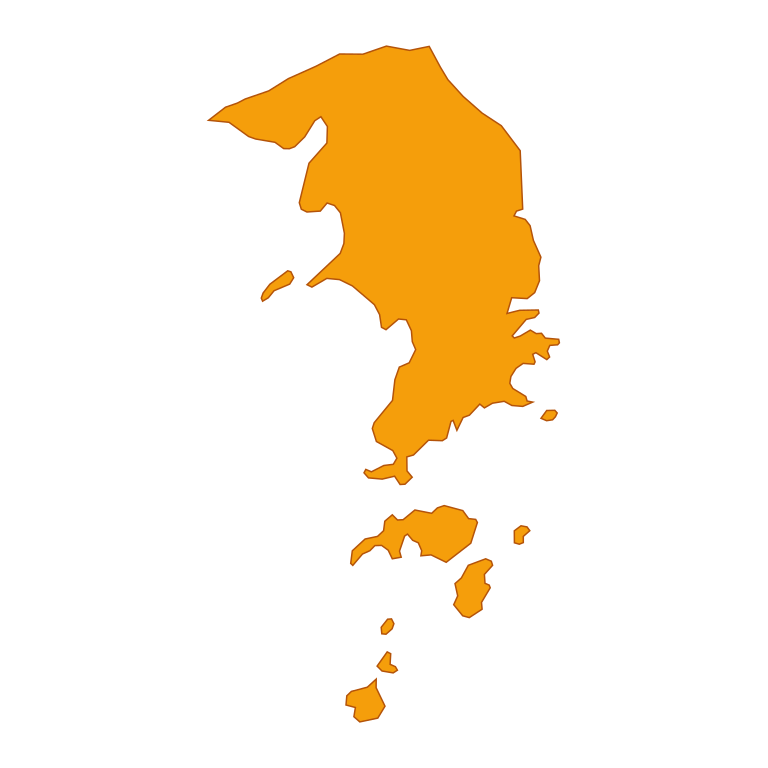 Cholsan, P'yŏngan-bukto, North Korea (Natural Earth projection)
{"feature_id": "82179303B45759472884401", "entity_name": "Cholsan", "entity_type": "district", "adm_level": 2, "iso_a3": "PRK", "parent_name": "North Korea", "parent_adm1": "P'yŏngan-bukto", "projection": "natural_earth1", "projection_center": [124.652, 39.648], "detail": "fine", "context": "isolated", "style": "filled", "palette": "amber", "viewbox_px": 768, "rotation_deg": 0, "n_neighbors": 0, "source": "geoboundaries", "source_scale": "gbopen_adm2", "svg_char_len": 3186}
<svg xmlns="http://www.w3.org/2000/svg" viewBox="0 0 768 768"><path d="M417.9,48.7L409.7,50.4L386.4,46.1L362.9,54.2L339.6,54.0L315.9,66.3L288.4,78.6L268.7,90.9L245.2,99.0L237.3,103.1L225.5,107.2L208.6,120.3L229.0,122.3L248.6,136.5L255.6,139.0L275.0,142.3L283.7,148.6L289.4,148.7L294.7,146.7L304.7,136.9L314.8,120.7L320.9,116.7L327.4,126.5L326.9,143.0L309.0,163.2L299.3,202.7L301.3,209.2L306.9,212.0L315.6,211.4L320.3,211.1L327.1,203.0L334.5,205.5L340.4,212.8L344.4,233.3L343.9,243.5L340.2,253.4L307.0,284.7L311.9,287.1L326.8,278.4L339.5,279.6L352.4,285.9L368.6,299.7L374.4,304.7L379.6,314.6L381.5,327.3L386.0,329.7L398.5,319.0L406.3,319.8L411.4,330.7L412.3,341.7L415.7,349.6L409.2,362.8L399.3,367.1L394.9,379.7L392.5,400.4L374.2,422.7L372.3,428.5L372.9,430.4L376.4,441.5L392.8,450.6L396.9,458.2L393.3,464.3L383.8,465.5L371.4,471.8L365.8,469.4L364.0,472.8L368.5,477.9L382.2,479.1L394.6,476.2L400.1,484.5L405.0,484.2L412.2,477.2L407.0,470.9L406.8,456.9L413.5,455.0L428.5,440.2L431.6,440.3L442.3,440.7L446.6,438.0L451.0,421.4L453.1,420.4L456.9,430.3L463.1,417.5L469.4,415.2L479.8,404.1L484.4,407.9L492.5,403.2L504.2,401.3L511.9,405.5L522.8,406.4L532.7,402.1L527.1,401.0L525.8,396.5L512.8,388.5L509.8,383.3L510.9,376.5L516.0,368.4L518.5,366.6L523.1,363.4L534.0,364.2L535.1,361.9L532.7,354.3L535.9,352.7L546.8,359.6L549.6,357.0L547.3,351.1L549.8,345.4L557.6,344.8L559.4,342.8L558.7,339.3L545.3,338.1L541.5,333.3L536.2,333.6L530.3,330.1L520.3,336.0L514.3,338.0L512.2,335.9L526.2,319.4L534.7,317.5L539.0,313.1L538.3,310.0L519.7,310.3L513.2,311.9L507.0,313.5L511.7,297.7L527.2,298.6L534.7,292.6L539.5,280.7L538.7,265.7L540.9,257.2L533.4,240.4L530.1,225.7L525.2,219.4L514.0,215.9L516.5,211.1L522.7,209.1L520.2,150.7L501.3,125.7L482.1,113.1L463.1,96.4L447.9,79.7L440.4,67.2L429.2,46.4L417.9,48.7ZM462.8,510.6L444.2,505.6L437.4,507.9L431.7,513.3L414.9,510.0L403.1,519.7L397.5,520.0L392.3,514.8L384.8,521.2L383.6,530.7L377.5,536.4L365.1,539.0L352.3,550.8L350.7,563.4L352.8,565.4L362.5,554.0L369.9,550.7L374.9,545.6L381.6,545.4L388.2,550.2L392.3,558.8L401.2,557.2L399.5,551.1L404.6,536.1L407.5,534.1L412.7,540.3L418.3,542.8L421.7,550.7L420.9,555.8L431.1,554.9L446.2,562.3L470.8,543.2L475.4,528.7L477.4,522.5L475.7,519.4L468.6,518.6L462.8,510.6ZM482.1,609.2L481.5,602.4L490.2,587.8L489.2,585.1L485.0,583.3L484.4,574.4L492.6,565.3L491.3,561.2L485.7,558.8L468.3,565.3L461.4,577.9L455.0,583.6L457.7,595.9L453.7,604.7L462.7,615.8L469.3,617.6L482.1,609.2ZM377.8,718.1L385.0,706.2L376.1,687.7L376.2,679.1L367.3,687.2L351.4,691.4L346.8,695.8L346.0,705.0L355.4,707.5L353.9,716.7L359.8,721.9L377.8,718.1ZM268.3,297.8L274.1,290.7L289.7,284.1L293.7,277.7L290.9,271.8L287.7,270.8L269.9,284.2L263.1,293.0L261.3,298.1L262.6,301.2L268.3,297.8ZM397.4,670.2L395.4,666.7L390.1,664.3L390.7,653.7L387.2,651.9L377.1,666.1L382.0,671.0L393.2,672.9L397.4,670.2ZM523.3,542.6L523.3,536.4L529.8,530.7L527.0,526.9L521.0,525.8L514.3,530.8L514.4,542.8L519.3,544.2L523.3,542.6ZM392.1,628.8L393.9,623.7L391.5,618.9L387.6,619.2L381.2,627.3L381.8,633.8L386.0,634.2L392.1,628.8ZM552.6,419.8L555.4,416.8L557.2,413.0L554.8,410.3L546.7,410.5L541.0,418.3L546.6,420.7L552.6,419.8Z" fill="#f59e0b" stroke="#b45309" stroke-width="1.5"/></svg>